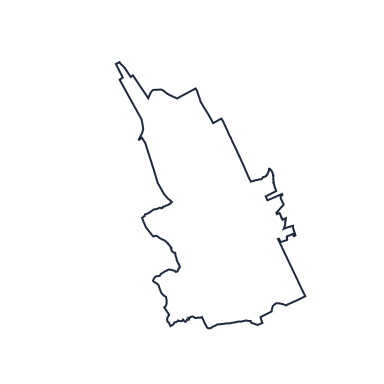 the district of Tenango del Valle, México, Mexico, rotated 63°
{"feature_id": "50627088B67795620919369", "entity_name": "Tenango del Valle", "entity_type": "district", "adm_level": 2, "iso_a3": "MEX", "parent_name": "Mexico", "parent_adm1": "México", "projection": "albers", "projection_center": [-99.612, 19.076], "detail": "fine", "context": "isolated", "style": "outline", "palette": "slate", "viewbox_px": 384, "rotation_deg": 63, "n_neighbors": 0, "source": "geoboundaries", "source_scale": "gbopen_adm2", "svg_char_len": 5969}
<svg xmlns="http://www.w3.org/2000/svg" viewBox="0 0 384 384"><g transform="rotate(63 192 192)"><path d="M101.4,141.8L101.8,161.4L102.0,162.7L95.9,167.6L93.1,169.5L89.9,170.9L89.2,171.2L88.4,171.8L87.8,172.1L87.4,172.3L87.2,172.5L86.9,172.8L86.3,173.9L84.7,177.5L83.9,179.0L83.6,180.0L83.5,180.6L83.9,182.1L84.2,182.7L84.6,183.5L85.2,184.3L86.4,185.9L88.6,188.4L61.3,191.7L61.7,194.4L50.8,195.6L44.5,197.7L43.4,197.6L43.4,201.7L58.6,201.7L59.1,205.5L104.5,204.0L109.6,205.5L113.9,206.9L116.9,209.8L121.6,216.2L120.9,212.0L127.5,211.4L130.0,211.9L154.5,215.9L168.3,218.4L181.0,217.9L186.0,216.7L186.7,216.5L188.6,215.7L191.7,214.4L192.0,215.9L192.1,216.1L192.3,216.2L192.5,216.6L192.6,216.8L192.5,217.9L192.6,218.6L192.6,219.8L192.3,221.9L192.4,222.9L192.3,223.6L192.3,223.8L192.2,224.1L191.9,224.5L192.0,224.7L192.3,224.8L192.5,224.9L192.7,225.3L192.7,225.6L192.5,226.2L192.5,226.9L192.4,227.1L191.6,227.4L191.5,227.6L191.4,228.1L191.3,228.6L191.2,230.6L191.1,231.5L190.8,232.4L190.5,233.2L190.2,233.8L191.1,240.5L190.7,244.0L192.1,245.4L191.8,246.3L192.3,247.3L192.3,248.3L194.4,248.5L202.5,249.1L213.6,246.9L214.0,246.7L214.1,246.4L214.2,245.6L214.3,245.0L214.5,244.3L215.1,243.6L215.5,243.2L216.1,242.9L217.1,242.3L218.2,241.8L219.5,240.9L220.0,240.6L221.0,239.9L222.1,238.8L222.6,238.5L223.3,238.1L224.4,237.7L225.1,237.5L226.3,236.9L227.0,236.7L227.4,236.8L228.2,236.7L228.9,236.4L229.2,236.3L229.9,236.2L230.3,236.2L230.6,236.2L230.9,236.1L232.4,235.7L232.7,235.8L232.8,236.4L233.2,236.5L233.7,236.5L234.1,236.5L234.6,236.7L236.0,236.6L237.2,236.1L238.0,235.3L238.3,235.1L238.6,234.6L238.9,234.6L239.4,234.8L239.7,235.0L240.3,235.3L242.3,235.8L243.2,235.8L243.7,235.9L244.9,236.2L245.5,236.5L246.3,236.6L247.1,236.6L248.1,236.7L249.4,236.7L250.2,236.4L251.0,236.5L251.6,236.8L251.8,236.7L252.3,236.7L252.7,236.8L253.4,236.8L253.6,237.4L254.0,238.3L254.5,238.6L254.6,238.9L254.8,239.4L255.4,240.3L255.7,240.5L256.1,240.9L256.2,241.2L255.9,242.2L255.9,242.7L255.6,242.9L254.8,243.0L254.2,243.5L253.6,243.9L253.3,244.4L252.1,245.8L251.5,246.3L251.1,247.1L250.6,247.7L250.5,248.6L250.5,249.3L250.6,250.1L250.4,251.7L251.0,257.3L252.1,258.8L250.8,262.4L251.3,264.3L253.0,266.7L253.6,267.0L253.8,267.0L254.4,266.8L255.3,266.3L255.9,266.0L256.5,265.5L257.6,264.9L258.7,264.4L259.7,264.1L261.3,264.4L264.5,264.8L266.5,265.0L267.5,265.1L268.7,265.0L271.2,264.2L272.1,263.8L273.6,262.8L274.4,263.1L275.2,263.2L276.4,263.6L278.0,264.3L279.5,265.2L280.0,265.3L281.8,267.3L282.1,269.1L291.1,268.1L293.0,271.2L293.3,271.3L294.1,271.7L294.5,272.2L296.4,272.6L296.4,272.4L297.9,271.9L299.8,272.0L301.7,272.1L301.5,269.4L301.4,268.3L300.3,267.2L300.7,264.7L300.6,263.3L300.2,262.7L301.6,261.3L302.3,260.2L302.4,259.6L302.4,259.2L302.2,258.9L301.6,257.9L302.8,257.6L303.3,257.6L303.9,257.4L304.7,256.8L304.7,256.1L304.2,255.3L303.4,254.5L303.4,254.2L303.5,253.8L303.9,253.9L304.2,253.2L303.7,253.0L303.7,252.6L304.1,252.5L303.7,251.9L303.2,252.0L303.4,251.8L302.8,251.2L302.9,250.6L302.7,250.2L302.7,249.8L303.0,249.0L302.9,248.8L302.9,248.5L303.1,248.1L303.6,247.5L304.1,247.1L305.2,246.7L305.5,246.3L305.9,246.1L306.3,245.1L306.5,244.2L306.8,243.6L307.7,241.6L307.8,241.5L308.1,240.6L307.9,240.3L307.9,239.9L315.5,240.3L315.7,240.2L316.4,240.2L317.7,240.0L318.7,240.2L320.1,239.9L321.0,239.2L321.7,237.1L321.8,236.3L321.5,235.0L321.5,234.0L321.6,232.8L321.6,231.1L321.6,229.4L322.0,228.2L322.4,227.5L323.9,223.4L324.1,222.8L324.2,222.3L324.6,221.4L324.8,221.0L326.3,217.5L326.7,215.7L327.9,212.3L328.3,209.9L329.8,207.1L330.9,202.3L332.4,200.4L333.6,198.3L333.8,198.4L334.7,198.5L335.3,198.5L336.1,198.1L336.9,197.1L340.3,193.9L340.6,188.7L337.8,188.4L334.6,187.8L334.6,175.3L331.9,173.3L330.2,171.5L329.3,167.9L330.4,165.5L331.2,164.4L332.0,163.3L332.5,162.7L333.7,161.5L334.4,160.8L335.8,159.6L335.6,158.3L336.2,147.2L336.3,138.4L324.2,138.2L319.9,138.0L285.8,137.1L272.9,136.7L273.2,135.7L276.9,135.9L277.4,132.6L277.9,129.0L277.2,128.6L275.8,128.4L274.9,127.8L275.0,127.7L274.7,127.6L275.0,123.9L275.2,120.7L275.5,120.9L276.6,121.3L277.0,121.4L277.6,121.3L277.6,119.5L275.5,119.3L275.5,119.1L271.9,118.6L270.6,118.4L269.7,118.2L268.4,117.7L268.0,117.4L267.5,119.6L267.2,121.0L266.9,123.0L266.7,124.8L266.7,125.4L266.5,127.0L265.8,126.1L264.1,124.5L263.4,123.9L262.6,123.4L261.9,123.1L261.0,122.4L260.8,122.5L260.5,121.9L257.9,120.2L258.0,122.4L258.0,123.7L257.2,123.6L257.1,124.0L255.1,124.0L255.1,123.8L253.9,123.8L253.9,123.7L252.2,123.6L250.5,123.5L250.3,126.3L250.0,126.2L249.4,126.2L248.9,126.3L246.4,120.1L244.9,116.1L244.5,116.1L244.2,115.9L244.0,116.0L243.7,116.0L243.4,115.9L243.0,115.9L242.4,116.0L241.9,116.0L241.6,116.1L241.2,115.9L240.8,115.8L240.3,115.9L239.9,115.8L239.3,115.9L238.8,115.8L237.9,115.8L237.1,115.4L236.8,115.3L236.3,115.1L236.1,115.1L235.7,114.7L235.8,112.9L234.6,112.7L233.7,128.5L231.0,128.4L229.4,128.3L229.4,116.6L221.5,115.4L221.7,115.2L221.2,115.1L221.0,114.9L220.6,114.8L220.4,114.7L220.2,114.7L219.9,114.7L219.2,114.5L219.0,114.3L218.9,114.2L218.7,114.1L218.5,113.9L218.2,114.0L217.6,113.9L216.3,113.2L215.7,112.8L215.2,112.6L214.8,112.4L214.6,112.1L214.2,112.2L213.9,112.3L213.6,112.1L213.3,111.9L213.2,111.7L212.8,111.8L212.0,111.7L211.7,111.6L210.8,111.6L210.3,111.4L210.1,111.5L208.4,111.7L207.0,112.0L206.4,112.3L206.3,112.8L208.1,113.8L208.4,114.5L210.8,117.1L210.9,117.5L210.6,117.5L211.5,118.9L211.3,119.9L211.3,121.1L211.0,121.7L211.7,123.3L212.0,123.8L212.0,124.4L212.0,124.9L211.7,125.6L211.4,126.0L211.1,126.9L211.0,128.4L210.7,129.0L210.5,129.3L210.3,131.0L209.9,132.2L209.7,133.9L209.4,134.9L208.5,134.8L205.3,134.9L191.3,134.0L174.1,133.3L168.5,133.2L166.6,133.1L165.7,133.2L161.0,132.8L160.5,132.9L157.9,133.0L152.6,132.6L144.4,132.3L142.9,132.2L142.1,132.3L139.9,132.5L140.0,135.6L140.3,141.9L135.6,142.0L134.8,142.0L132.8,142.1L130.3,142.2L122.4,142.9L116.5,143.3L115.6,143.3L114.3,143.2L112.0,142.7L110.0,142.5L106.3,142.0L104.2,141.6L102.9,141.7L101.4,141.8Z" fill="none" stroke="#1e293b" stroke-width="2"/></g></svg>